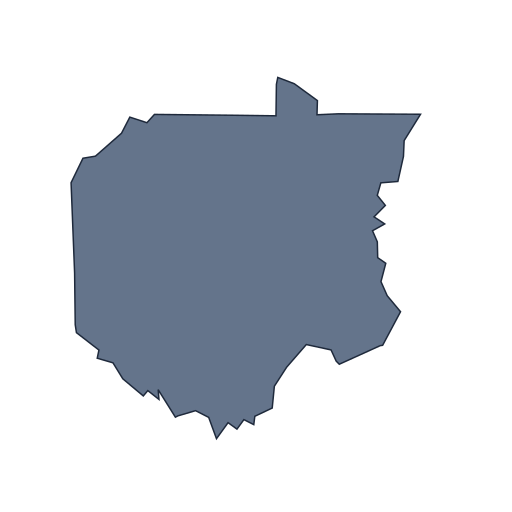 Franklin, Virginia, United States of America (Mercator projection), rotated 167°
{"feature_id": "52423323B83651152467254", "entity_name": "Franklin", "entity_type": "district", "adm_level": 2, "iso_a3": "USA", "parent_name": "United States of America", "parent_adm1": "Virginia", "projection": "mercator", "projection_center": [-79.913, 37.007], "detail": "fine", "context": "isolated", "style": "filled", "palette": "slate", "viewbox_px": 512, "rotation_deg": 167, "n_neighbors": 0, "source": "geoboundaries", "source_scale": "gbopen_adm2", "svg_char_len": 907}
<svg xmlns="http://www.w3.org/2000/svg" viewBox="0 0 512 512"><g transform="rotate(167 256 256)"><path d="M127.7,169.2L137.1,187.8L140.0,202.9L131.2,219.7L137.8,227.0L134.6,242.5L136.8,254.4L123.4,258.3L132.2,267.6L118.6,276.2L124.2,287.8L117.9,299.2L101.0,296.7L89.9,319.9L85.7,335.1L63.8,357.1L143.7,376.0L164.8,379.9L161.2,393.6L179.9,415.2L194.6,425.1L197.5,418.7L205.0,388.1L244.6,397.8L323.1,416.8L332.3,410.4L347.7,419.7L359.4,405.9L390.0,389.4L402.6,390.2L419.7,369.0L436.6,280.1L447.6,229.7L448.2,221.7L430.2,199.7L433.7,192.1L419.4,184.1L413.4,166.3L397.3,145.0L391.7,149.2L382.8,138.1L381.4,147.8L370.8,117.1L368.0,117.8L349.7,118.9L338.4,109.4L335.6,86.9L320.7,99.9L313.5,91.6L304.6,99.3L296.1,92.2L293.2,100.1L274.4,104.2L267.4,125.0L251.1,140.8L226.9,158.4L204.0,147.6L201.5,135.5L199.2,131.8L155.2,140.7L152.7,140.5L127.7,169.2Z" fill="#64748b" stroke="#1e293b" stroke-width="1.5"/></g></svg>